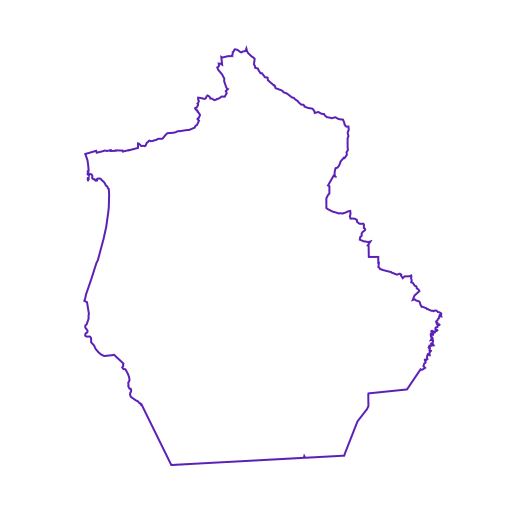 Alexandrina, South Australia, Australia, rotated 84°
{"feature_id": "25037944B24690359827006", "entity_name": "Alexandrina", "entity_type": "district", "adm_level": 2, "iso_a3": "AUS", "parent_name": "Australia", "parent_adm1": "South Australia", "projection": "mercator", "projection_center": [138.826, -35.338], "detail": "fine", "context": "isolated", "style": "outline", "palette": "violet", "viewbox_px": 512, "rotation_deg": 84, "n_neighbors": 0, "source": "geoboundaries", "source_scale": "gbopen_adm2", "svg_char_len": 5983}
<svg xmlns="http://www.w3.org/2000/svg" viewBox="0 0 512 512"><g transform="rotate(84 256 256)"><path d="M165.0,155.1L162.2,155.1L160.2,153.5L157.4,153.5L149.3,152.7L148.3,152.5L146.4,151.5L143.6,152.0L141.9,151.6L140.4,150.6L136.9,150.5L136.9,152.0L136.3,153.3L135.0,153.7L134.5,154.2L132.6,154.3L129.5,155.2L128.5,159.5L126.3,162.6L126.9,166.5L126.2,167.9L125.3,171.1L123.2,173.0L121.9,173.5L121.5,175.8L119.3,179.0L119.9,182.6L118.4,182.8L116.4,183.7L115.3,184.7L114.2,188.8L112.5,192.2L111.5,192.2L110.4,193.4L110.2,195.2L107.4,197.7L106.4,198.2L103.9,201.1L102.7,201.8L102.1,203.6L97.6,208.3L96.1,211.5L94.7,212.3L93.7,213.7L91.2,218.9L89.6,219.4L89.1,219.3L88.3,219.8L88.5,220.1L82.4,225.8L79.9,225.8L79.6,226.2L79.3,228.3L74.8,231.0L74.7,232.4L71.6,234.0L69.9,234.4L68.7,237.2L67.3,237.1L65.2,238.0L59.7,236.7L58.2,238.0L57.3,239.3L53.4,242.6L51.5,243.5L48.6,243.9L51.0,245.1L51.4,248.3L52.0,249.0L51.7,250.0L49.0,253.0L48.2,255.4L48.9,256.2L50.0,256.7L50.9,257.9L52.3,257.9L53.3,258.5L54.2,258.6L54.0,258.8L54.7,260.0L54.3,262.7L55.1,268.7L54.4,269.7L62.2,269.7L61.0,271.2L60.7,273.0L62.7,272.9L63.6,273.3L64.4,274.8L66.9,274.1L71.8,270.8L76.3,269.0L78.9,269.4L85.3,267.9L86.8,267.2L87.1,266.6L88.8,268.8L91.0,268.1L94.3,270.5L93.8,273.3L95.6,276.8L95.8,278.5L96.1,278.7L96.7,281.1L94.9,283.3L94.7,283.9L94.7,284.9L92.7,285.6L91.3,287.3L91.8,288.2L94.0,289.6L94.4,290.8L93.0,294.7L92.5,297.0L94.5,297.2L95.7,296.6L97.3,297.2L98.3,298.3L99.1,297.8L99.7,297.8L102.0,299.3L102.6,301.1L104.1,300.6L104.5,299.7L105.4,299.4L105.9,298.8L106.4,299.0L107.7,298.0L109.9,296.9L112.9,298.6L113.3,299.7L114.0,299.8L115.4,298.5L119.4,300.9L120.1,302.3L121.0,303.1L121.9,303.5L123.7,309.5L123.5,311.5L123.9,318.9L123.7,319.8L123.8,321.1L124.5,322.8L124.8,325.2L124.6,331.3L126.5,333.7L129.3,336.4L129.6,337.4L129.2,341.1L130.2,343.2L130.2,344.4L130.7,346.3L130.8,347.9L130.8,348.7L130.1,349.9L130.4,350.7L131.2,351.3L132.0,352.8L134.8,354.3L135.1,355.4L134.8,355.7L134.5,358.9L133.4,359.5L132.1,360.7L131.7,361.6L136.2,362.1L137.6,371.4L137.4,371.4L138.2,377.5L137.2,377.7L136.3,384.3L136.7,384.4L136.4,389.6L135.5,389.5L136.0,393.2L135.3,395.3L135.9,398.0L136.6,403.6L134.7,404.0L136.7,415.1L143.1,413.6L148.5,413.4L153.4,413.5L153.9,414.2L154.7,413.9L154.8,414.5L156.2,414.4L156.4,414.8L157.3,414.9L157.9,413.9L158.4,413.7L157.8,413.5L157.1,412.5L157.2,411.9L157.8,411.0L158.8,410.5L160.0,410.4L160.7,410.8L161.6,410.7L162.7,409.7L162.7,408.7L164.3,407.7L164.4,406.3L163.7,406.0L163.1,406.4L162.5,405.5L162.6,403.1L163.6,401.9L164.2,401.7L166.7,399.4L168.2,398.6L170.1,398.0L171.4,396.6L173.1,396.2L174.0,395.4L179.2,395.6L192.1,397.3L197.2,398.4L211.3,401.9L223.0,405.8L243.6,413.7L246.2,415.4L261.5,422.1L276.8,429.2L279.8,430.1L282.6,431.4L284.3,428.9L296.3,428.2L297.2,428.7L300.3,429.0L301.7,429.4L305.9,431.4L306.5,431.8L307.1,432.8L308.2,433.3L309.7,433.1L312.2,431.5L313.6,431.4L314.6,432.1L314.8,433.0L315.4,433.7L317.1,434.2L317.9,433.8L318.5,432.7L318.7,429.7L319.5,429.0L320.8,428.6L324.6,429.0L327.9,426.5L331.7,425.2L335.4,422.6L337.5,420.7L339.6,417.5L339.6,408.8L339.4,407.5L349.1,399.1L350.3,399.6L351.5,399.5L352.9,400.7L354.7,399.6L354.8,398.1L355.3,397.6L359.6,395.8L362.5,395.0L365.9,394.7L367.4,395.3L368.6,396.3L371.2,396.3L372.0,396.7L374.8,395.6L374.9,394.6L375.9,394.2L377.8,394.4L378.7,395.2L380.6,395.8L383.0,395.2L387.0,390.6L388.2,388.6L389.8,387.6L390.2,386.8L391.9,385.9L391.6,385.4L455.0,362.1L461.7,229.5L460.1,228.9L461.8,228.2L463.8,189.1L462.0,188.4L431.0,172.3L420.0,161.7L417.1,159.9L405.4,158.8L404.4,158.5L404.5,119.8L385.9,104.2L386.4,103.7L386.5,102.6L384.9,99.5L383.0,101.0L380.5,99.9L379.8,98.5L379.1,98.3L377.7,98.9L376.7,98.9L376.6,98.6L377.1,97.4L376.5,96.3L374.5,96.6L372.0,95.7L371.6,95.4L371.7,95.2L372.8,94.1L372.9,93.6L370.1,93.6L368.7,91.9L368.4,92.1L368.4,93.1L368.1,93.4L365.8,92.7L365.6,93.6L365.2,93.9L363.4,92.9L363.8,92.2L363.4,89.9L363.4,88.7L362.4,89.2L362.5,90.4L361.8,91.2L361.3,90.8L360.7,89.3L358.4,88.7L358.0,88.9L357.9,89.4L358.0,91.0L356.5,90.0L356.0,89.0L355.0,89.6L354.6,90.4L352.8,90.4L352.9,88.2L352.0,87.9L351.4,88.0L351.6,89.5L351.4,89.9L350.3,88.8L349.1,89.5L348.8,89.1L348.9,88.4L350.7,86.4L350.7,86.1L349.7,85.8L349.2,83.8L348.9,83.4L348.5,83.5L347.8,85.2L346.4,85.1L345.8,84.4L345.5,82.9L344.1,82.5L343.9,81.1L343.6,80.7L343.2,81.0L343.2,82.1L341.9,82.4L342.2,83.2L341.3,83.2L340.9,83.7L339.9,83.7L339.1,82.3L337.7,81.7L337.3,80.8L335.3,80.1L335.2,79.6L335.5,78.0L335.0,78.1L334.7,79.4L334.4,79.6L333.8,79.4L333.1,77.8L332.6,77.8L331.8,78.5L331.0,79.9L330.8,80.9L329.3,82.1L328.9,83.8L329.5,85.2L328.9,86.0L328.7,87.6L326.9,90.5L326.7,91.5L325.8,91.9L323.7,96.2L323.8,96.6L321.4,97.6L319.2,97.9L318.2,98.6L316.9,101.5L316.0,102.3L315.7,103.1L316.1,104.7L311.9,102.5L308.0,97.2L306.4,97.8L305.0,99.5L303.3,99.6L302.8,99.9L302.2,101.2L299.2,102.8L298.3,104.4L296.6,103.7L294.4,104.1L292.5,103.6L291.6,103.7L292.2,105.6L291.8,110.4L293.4,112.4L290.6,113.8L289.8,114.0L289.6,113.7L288.6,114.8L289.3,117.6L288.5,119.3L288.3,120.1L287.7,120.5L287.0,122.5L286.2,123.1L283.0,131.9L282.5,132.3L282.1,133.9L280.6,134.5L279.9,135.4L275.6,134.5L275.6,135.1L269.7,134.5L268.7,143.9L257.1,142.9L257.0,143.6L253.5,140.7L253.9,143.0L252.9,146.0L252.9,146.9L250.6,151.1L248.1,150.4L247.2,149.0L246.6,148.7L244.9,148.7L243.5,147.8L241.8,145.0L241.3,144.7L240.5,144.8L239.7,145.3L239.4,145.8L235.8,145.4L235.1,146.0L234.9,149.2L234.3,150.2L232.5,152.0L230.6,151.9L229.1,154.2L228.7,158.1L226.3,158.5L224.0,157.6L221.0,157.6L221.3,160.1L222.2,162.3L222.4,164.0L222.9,165.4L222.3,167.2L222.3,169.3L221.3,171.4L220.0,174.9L216.8,179.9L215.6,181.0L206.0,180.0L203.0,178.1L201.5,176.5L194.3,175.7L193.4,177.0L184.3,170.5L185.3,169.1L185.3,168.7L184.7,169.1L183.3,169.3L181.1,169.1L177.1,167.8L176.8,167.2L176.8,166.1L175.3,164.3L172.0,162.4L170.9,162.1L167.4,158.3L167.9,157.7L165.0,155.1ZM162.3,414.4L161.2,414.3L160.7,414.6L160.8,415.1L162.4,415.4L163.1,415.1L162.3,414.4Z" fill="none" stroke="#5b21b6" stroke-width="2"/></g></svg>